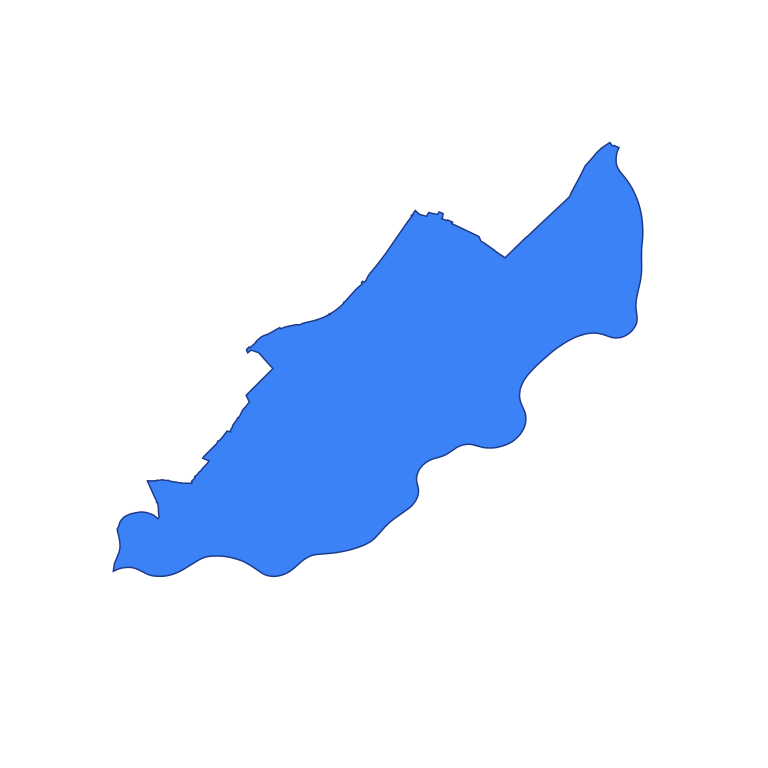 the district of Oss, Noord-Brabant, Netherlands, rotated 144°
{"feature_id": "6326949B89866166978709", "entity_name": "Oss", "entity_type": "district", "adm_level": 2, "iso_a3": "NLD", "parent_name": "Netherlands", "parent_adm1": "Noord-Brabant", "projection": "robinson", "projection_center": [5.54, 51.778], "detail": "fine", "context": "isolated", "style": "filled", "palette": "blue", "viewbox_px": 768, "rotation_deg": 144, "n_neighbors": 0, "source": "geoboundaries", "source_scale": "gbopen_adm2", "svg_char_len": 5985}
<svg xmlns="http://www.w3.org/2000/svg" viewBox="0 0 768 768"><g transform="rotate(144 384 384)"><path d="M54.9,437.1L57.2,440.7L57.3,441.4L58.3,441.5L58.8,442.1L59.1,442.6L59.2,443.1L59.2,444.1L59.3,444.8L59.3,446.5L60.3,446.7L69.1,447.0L73.8,446.5L77.4,445.8L84.7,444.0L92.3,442.4L93.2,442.1L103.9,436.5L120.1,428.7L122.9,426.9L124.4,426.4L127.2,426.0L181.7,419.1L182.0,419.2L182.9,419.1L197.7,417.1L207.4,415.6L211.3,415.1L211.9,414.9L213.1,418.7L213.3,418.6L216.4,427.7L216.1,427.7L219.5,437.3L220.2,439.6L221.4,441.8L221.5,442.1L221.5,443.2L220.6,447.0L220.5,447.4L220.8,448.0L227.6,460.6L229.1,463.5L229.3,463.7L233.6,471.6L235.0,473.9L234.9,473.9L234.5,474.0L233.4,474.6L236.1,479.3L236.8,479.0L240.2,483.7L238.3,484.8L236.0,487.1L238.2,490.8L238.4,490.8L241.1,489.7L244.3,493.2L246.9,496.4L247.1,496.4L251.0,494.7L255.1,499.6L255.5,500.6L256.1,501.9L255.9,501.9L256.7,506.0L259.7,505.0L260.3,504.6L260.8,503.9L261.0,504.1L262.1,503.8L262.3,504.0L262.5,504.1L262.5,503.4L262.9,503.4L262.9,504.0L263.0,503.9L263.0,503.7L263.3,503.5L263.2,503.2L263.4,503.2L263.5,503.3L266.9,502.1L269.6,501.3L277.0,498.8L306.4,488.4L318.4,484.8L323.5,483.4L329.8,481.9L331.7,481.3L334.1,480.3L336.8,478.8L338.0,478.4L339.3,478.1L340.5,477.9L340.7,478.3L341.0,479.7L342.7,479.3L343.0,477.7L347.8,477.4L351.7,476.9L359.3,475.3L367.9,473.4L368.3,473.9L368.6,473.8L368.7,473.3L370.2,472.9L373.7,472.4L376.4,472.2L381.7,472.1L386.0,472.4L386.3,472.6L386.1,472.0L386.9,471.7L387.0,472.3L387.1,472.2L387.2,472.4L393.9,473.5L399.0,474.9L403.9,476.6L413.2,480.5L417.0,481.4L417.9,481.8L419.4,483.1L420.5,483.7L427.2,486.9L430.5,488.2L435.2,489.5L435.2,490.9L438.6,491.4L440.0,491.5L447.8,492.4L450.3,493.0L453.1,493.9L455.5,494.2L456.9,494.2L459.1,493.9L460.2,493.9L462.5,493.5L462.4,493.2L463.5,492.9L468.0,492.4L468.8,492.4L470.0,492.1L470.5,492.1L471.3,493.2L471.6,493.3L473.2,492.9L473.3,493.0L473.8,492.9L473.7,492.7L475.1,492.4L475.0,492.2L475.3,492.0L475.6,491.2L475.9,489.3L471.5,489.5L467.0,483.0L466.1,473.6L464.8,461.8L502.2,455.9L503.5,448.5L506.4,447.8L510.0,446.6L511.2,446.7L513.3,446.1L516.7,444.5L519.2,443.0L521.9,442.1L522.1,442.7L526.4,440.7L526.7,440.5L527.4,440.6L530.5,439.5L531.7,438.5L532.9,437.8L533.3,437.6L534.4,437.4L535.0,436.9L535.8,436.0L536.1,435.5L538.7,438.2L545.3,436.1L546.5,435.8L551.0,434.9L551.8,435.5L552.1,435.2L556.2,433.4L556.3,433.8L572.0,431.3L574.3,430.5L572.6,427.7L570.6,424.7L573.5,423.7L576.6,423.0L580.2,422.5L584.0,421.1L584.2,421.5L584.6,421.5L589.5,420.3L591.1,420.4L591.7,420.3L591.9,420.1L592.2,419.1L596.3,418.5L597.2,418.1L597.2,417.7L597.8,417.2L597.7,416.7L597.9,416.5L600.5,418.7L605.1,422.0L606.8,423.7L608.5,425.2L609.8,426.9L610.7,427.7L612.1,428.8L613.0,429.9L613.3,430.2L613.2,430.2L613.3,430.4L613.5,430.4L614.1,431.0L614.8,432.3L615.1,432.8L617.4,434.4L618.2,435.2L619.2,436.5L620.7,437.4L623.4,438.7L623.6,439.1L624.1,439.6L624.4,439.6L624.3,439.2L625.0,439.5L629.8,442.8L632.2,444.7L632.9,443.7L632.7,443.1L635.4,430.5L636.2,426.4L637.2,421.0L637.5,421.3L637.5,421.1L637.3,420.9L637.2,420.5L640.0,415.4L641.5,413.4L643.5,409.8L644.0,408.7L646.2,407.9L646.6,410.1L647.3,412.8L648.0,414.2L648.8,415.5L649.4,416.3L650.6,418.2L651.8,419.7L653.2,421.1L655.9,423.4L660.8,425.9L665.0,427.7L666.9,428.3L671.2,429.1L673.1,429.1L675.6,428.6L678.3,427.8L680.6,426.2L682.5,424.7L685.1,423.5L686.2,421.4L687.3,418.5L688.7,415.3L690.6,411.5L692.2,408.9L694.3,406.2L696.0,404.7L697.7,403.3L701.5,400.9L707.4,397.4L713.1,391.6L708.7,390.7L706.0,389.9L703.4,388.8L700.7,387.3L698.1,385.6L696.6,384.4L694.6,382.3L692.8,379.8L691.8,378.1L687.5,369.7L686.2,367.6L684.5,365.5L682.2,363.2L679.9,361.3L676.9,359.1L674.2,357.4L671.5,356.1L668.9,355.0L666.2,354.0L660.9,352.7L655.6,351.9L636.9,350.5L634.2,350.0L631.6,349.3L628.9,348.3L626.3,347.1L623.6,345.4L619.2,342.3L616.6,340.2L614.2,338.1L610.1,333.9L606.7,329.7L603.6,325.5L602.3,323.5L600.2,319.3L597.6,313.0L593.8,302.5L592.8,300.4L591.5,298.3L589.7,296.2L587.5,294.1L585.9,292.9L583.8,291.6L581.1,290.3L578.5,289.3L575.8,288.6L573.2,288.1L570.5,287.8L565.2,287.9L554.5,288.9L551.8,289.0L549.1,288.8L546.5,288.5L543.8,287.9L541.2,286.9L538.5,285.6L527.8,279.1L522.5,276.0L517.2,273.4L511.9,271.0L509.2,269.9L506.5,268.9L501.2,267.1L495.9,265.7L493.2,265.1L490.5,264.7L487.9,264.4L485.2,264.4L482.5,264.6L479.9,265.1L466.5,267.9L461.2,268.7L455.9,269.0L436.7,268.8L432.3,269.3L428.7,270.3L426.0,271.4L423.7,272.7L421.7,274.2L419.8,276.1L418.6,277.6L417.7,279.1L415.1,285.4L413.9,287.5L412.2,289.6L410.4,291.2L407.8,293.0L405.1,294.3L402.4,295.1L399.8,295.6L397.1,295.8L394.4,295.7L391.8,295.4L389.1,294.8L381.1,291.9L378.4,291.1L375.8,290.5L373.1,290.2L362.4,289.9L359.8,289.4L357.1,288.7L354.4,287.6L351.8,286.1L350.6,285.3L348.3,283.2L341.5,274.8L339.4,272.7L336.7,270.6L333.8,268.5L330.5,266.6L325.2,264.4L322.5,263.5L319.8,262.8L317.2,262.3L314.5,262.0L311.8,262.0L309.2,262.2L306.5,262.6L303.8,263.1L301.2,264.0L298.5,265.1L296.1,266.4L293.2,268.5L291.1,270.6L289.5,272.7L288.1,274.8L287.1,276.8L286.4,278.9L284.6,287.3L284.0,289.4L283.1,291.5L282.1,293.6L280.6,295.7L278.8,297.7L277.1,299.5L274.4,301.5L271.7,303.1L269.1,304.5L266.4,305.5L263.7,306.4L261.1,307.1L255.7,308.2L250.4,309.1L245.1,309.8L234.4,310.8L229.0,311.2L223.7,311.4L218.4,311.2L213.0,311.0L207.7,310.4L202.4,309.5L197.0,308.0L191.7,306.1L189.1,304.8L186.4,303.3L183.7,301.5L181.1,299.2L177.9,295.6L173.5,289.3L171.8,287.2L169.6,285.1L167.7,283.9L165.1,282.5L162.4,281.6L159.7,281.1L157.1,280.9L154.4,281.0L151.7,281.4L149.1,282.2L146.4,283.3L143.7,284.9L141.5,287.2L140.0,289.3L135.3,297.7L133.8,299.8L130.3,303.9L125.8,308.1L116.2,316.5L112.1,320.7L110.2,322.8L107.0,326.9L101.1,335.3L96.4,341.6L89.1,349.9L87.4,352.0L84.3,356.2L80.2,362.5L76.7,368.8L73.9,375.0L71.6,381.3L70.4,385.5L69.4,389.7L68.3,396.0L67.9,400.1L67.7,404.3L67.7,408.5L68.2,416.9L68.1,419.0L67.9,421.0L67.5,423.1L66.8,425.2L65.6,427.3L64.1,429.4L62.4,431.5L60.3,433.6L58.3,435.2L54.9,437.1Z" fill="#3b82f6" stroke="#1e3a8a" stroke-width="1.5"/></g></svg>